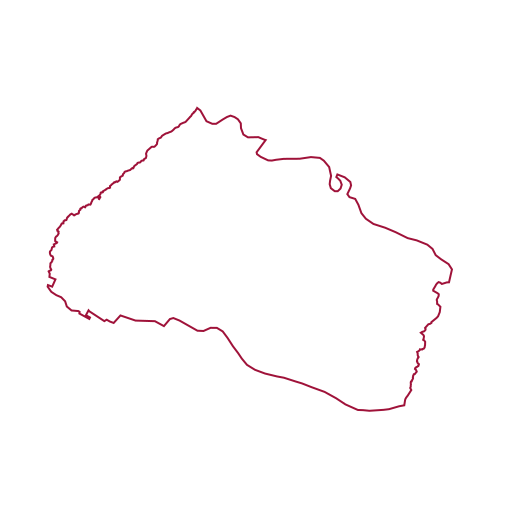 outline of Ysyk-Ata, Chuy, Kyrgyzstan, rotated 292°
{"feature_id": "92254566B31675215078110", "entity_name": "Ysyk-Ata", "entity_type": "district", "adm_level": 2, "iso_a3": "KGZ", "parent_name": "Kyrgyzstan", "parent_adm1": "Chuy", "projection": "albers", "projection_center": [74.932, 42.711], "detail": "fine", "context": "isolated", "style": "outline", "palette": "rose", "viewbox_px": 512, "rotation_deg": 292, "n_neighbors": 0, "source": "geoboundaries", "source_scale": "gbopen_adm2", "svg_char_len": 5968}
<svg xmlns="http://www.w3.org/2000/svg" viewBox="0 0 512 512"><g transform="rotate(292 256 256)"><path d="M164.1,69.5L162.3,71.4L159.2,72.3L159.2,78.8L151.2,78.5L151.1,74.0L149.5,74.3L146.1,79.6L144.9,85.5L144.8,90.8L142.5,96.0L138.3,99.5L136.4,105.4L138.4,111.9L138.1,113.4L136.5,113.8L135.2,125.0L136.8,125.1L137.4,120.5L142.9,121.1L142.3,122.2L138.8,139.8L141.0,141.4L140.5,145.1L140.6,149.1L150.1,152.6L151.0,168.5L157.7,186.7L156.5,196.9L165.3,199.8L167.5,202.6L167.5,209.2L166.3,218.3L164.8,229.7L166.8,235.4L172.4,240.8L174.7,246.7L173.6,253.4L169.4,260.3L163.7,268.4L159.2,275.9L155.6,281.2L151.7,288.4L150.1,297.7L150.4,308.4L152.2,320.6L153.6,327.5L154.5,339.8L155.1,346.4L155.2,356.8L155.7,370.5L154.1,383.7L151.9,394.5L151.4,408.1L153.2,413.1L155.0,419.2L161.2,432.0L163.8,436.7L170.3,445.0L173.1,449.4L178.3,448.2L179.4,448.1L181.0,448.3L183.5,449.0L189.9,450.2L191.4,448.4L192.8,448.4L194.4,447.8L194.9,447.8L195.2,447.6L195.8,447.3L196.2,447.0L197.5,446.7L197.8,447.2L198.3,447.1L198.5,447.3L199.4,447.3L199.7,447.2L200.2,447.4L201.5,447.4L201.8,447.3L202.3,446.8L203.1,446.8L204.1,446.5L204.5,446.7L205.5,446.6L206.1,447.5L208.0,448.0L208.6,448.3L209.1,448.3L209.4,447.9L209.8,447.6L210.3,447.0L210.8,445.7L211.5,445.6L212.0,445.7L212.4,446.1L213.0,446.2L213.7,447.0L214.3,447.3L214.6,447.6L214.8,447.5L215.2,447.7L215.5,447.5L216.3,447.7L216.8,447.5L217.3,446.0L218.5,444.8L218.8,444.9L219.2,444.5L220.5,444.3L222.0,444.3L222.2,444.5L223.0,444.7L223.4,444.5L223.5,444.0L223.9,443.8L224.7,443.0L226.1,442.5L227.4,441.3L228.7,442.4L230.2,443.1L230.9,443.0L231.1,444.1L231.6,444.6L231.7,445.2L232.2,445.3L232.8,446.2L234.3,446.6L236.1,446.2L236.5,446.2L239.8,445.0L240.8,443.5L240.9,442.4L242.7,442.3L244.6,441.8L245.5,440.8L246.6,437.6L248.0,438.6L248.8,439.8L249.8,440.4L251.1,440.8L252.1,440.4L252.1,440.2L252.6,439.7L257.3,441.4L258.2,442.7L259.6,443.7L260.4,443.4L266.2,446.6L268.3,447.4L272.8,447.4L278.0,446.0L279.3,442.9L279.4,441.9L281.6,441.0L283.0,440.0L284.2,440.0L285.5,440.2L287.4,440.3L289.0,439.8L289.5,438.4L290.2,433.3L291.3,432.9L294.9,433.5L296.9,433.7L298.6,434.2L300.2,435.1L300.3,436.9L299.7,438.8L303.0,442.8L303.9,444.8L317.0,442.7L320.6,437.6L322.3,428.8L324.1,422.3L328.7,417.0L330.7,410.6L330.7,399.2L329.4,389.9L330.4,376.6L330.6,365.1L329.7,352.9L331.7,343.9L335.2,337.7L341.9,331.7L346.1,326.6L345.6,320.6L347.6,317.5L354.0,317.9L357.1,317.7L360.0,315.7L362.2,308.8L362.1,300.9L359.3,300.9L358.6,303.1L357.3,306.0L354.2,308.8L350.2,309.1L346.7,307.5L345.6,304.7L346.9,300.0L350.2,297.4L353.5,296.5L358.4,295.6L365.9,290.5L369.8,283.2L370.9,278.5L368.3,269.9L362.5,260.0L356.5,245.4L352.7,238.5L350.4,234.9L349.2,231.4L349.7,223.2L350.8,218.8L352.4,217.7L367.1,221.5L367.0,220.4L367.0,216.9L367.1,213.7L363.0,204.1L363.9,198.8L368.9,194.2L373.3,192.2L376.0,188.0L376.8,184.0L376.6,179.8L374.0,177.0L370.2,174.1L363.6,169.5L362.2,166.0L362.4,159.6L370.1,149.9L371.2,146.0L370.9,146.0L370.5,146.3L369.5,145.6L368.4,145.6L366.6,145.0L366.4,144.6L366.1,144.5L366.0,144.8L365.2,144.5L364.2,143.9L363.5,143.6L361.5,143.4L360.1,142.7L359.9,142.7L354.0,140.5L353.4,140.0L352.2,138.6L350.0,136.5L348.9,136.1L347.4,135.9L346.6,135.6L346.2,135.2L345.0,133.6L344.6,133.3L343.9,132.8L342.4,132.3L340.4,131.3L339.4,130.6L338.3,129.3L336.8,127.9L336.1,126.8L334.9,125.8L332.3,123.9L330.1,123.4L329.8,123.1L328.7,122.0L327.5,121.2L327.0,121.3L326.3,121.6L323.9,121.8L323.7,122.0L323.0,122.2L322.4,122.2L319.8,121.2L319.2,120.8L318.9,120.3L318.5,119.0L318.1,118.3L313.3,115.9L312.5,115.7L309.9,115.7L309.5,115.8L308.0,116.8L307.3,117.0L305.6,117.2L305.4,117.1L304.7,116.5L304.1,116.2L303.8,115.9L303.3,115.8L302.8,116.0L302.5,116.0L302.3,115.8L301.8,114.7L301.5,114.3L300.8,113.9L299.8,113.7L299.5,113.6L298.7,112.5L298.7,112.3L298.4,111.8L297.9,111.3L296.7,111.2L294.7,110.0L294.2,109.6L293.3,109.4L291.6,109.4L291.3,109.3L291.1,109.1L291.3,108.5L290.6,108.0L288.6,107.1L287.0,105.1L286.2,104.4L285.4,103.1L284.4,102.6L283.8,102.7L282.6,102.3L282.0,102.0L281.7,102.0L281.0,102.3L280.5,102.3L279.7,101.6L279.4,101.4L278.8,100.8L278.3,100.7L277.9,100.4L275.8,101.2L275.5,101.2L274.4,100.6L273.6,100.3L273.3,99.9L272.9,99.7L273.0,99.0L272.9,98.5L272.5,98.3L271.8,98.1L271.7,97.6L271.5,97.1L270.9,96.7L270.4,96.8L270.0,96.4L268.7,95.7L268.2,95.3L267.4,95.2L267.0,94.9L266.1,94.4L264.7,95.1L264.0,94.5L263.6,93.5L262.0,92.1L261.6,92.1L258.6,89.8L258.3,89.9L258.0,90.1L257.7,90.1L257.4,89.8L257.3,89.2L257.0,88.6L256.5,88.3L255.6,88.6L253.6,88.2L253.1,88.3L252.3,89.6L250.0,89.3L250.0,89.1L250.4,88.6L250.9,88.1L251.8,87.6L252.1,87.3L251.9,87.2L251.2,86.8L250.5,86.0L250.0,85.0L248.9,84.2L247.9,84.0L246.8,83.3L246.4,83.4L245.1,83.4L244.0,83.2L243.0,83.4L241.6,83.2L241.5,82.9L241.1,81.5L241.0,81.3L239.9,80.9L239.6,80.2L239.0,79.5L237.4,79.4L237.1,79.3L237.3,78.0L237.1,77.5L236.7,77.2L235.7,76.6L234.9,76.4L234.5,75.6L233.8,75.4L233.1,75.8L231.8,75.1L231.4,75.0L230.7,75.3L229.9,75.3L229.7,75.6L229.4,75.6L229.1,75.6L228.5,75.1L227.8,74.0L226.6,72.8L225.9,72.6L225.6,72.3L225.5,72.0L225.8,71.4L225.9,71.0L225.9,70.3L226.0,69.8L226.2,69.3L225.8,68.9L224.7,68.1L223.9,67.9L222.5,67.2L222.2,67.2L221.9,66.9L221.4,66.9L221.3,66.7L220.4,66.5L219.2,66.7L218.3,66.7L218.1,66.5L217.4,65.2L216.9,65.2L216.2,64.6L215.4,64.7L215.1,64.9L214.1,65.2L213.8,64.7L213.7,64.1L213.3,63.7L211.2,63.5L209.7,63.2L207.8,62.4L207.0,62.2L206.0,61.8L205.7,62.3L205.0,62.3L204.7,63.8L203.5,64.0L203.2,64.5L202.1,64.5L201.0,64.3L200.0,64.0L199.2,63.4L197.8,63.1L196.9,63.3L194.6,64.2L194.4,64.6L194.4,65.3L194.2,66.5L193.4,66.4L191.0,64.2L190.2,64.9L189.3,65.4L188.3,64.1L187.5,63.7L185.0,64.1L184.4,63.9L183.9,63.6L182.9,63.3L182.5,63.5L181.9,63.6L181.2,64.0L180.4,64.6L179.7,65.4L179.4,65.9L179.5,66.7L179.4,67.6L178.5,68.5L177.5,69.1L177.2,69.1L176.3,68.6L175.3,69.0L174.5,68.7L173.5,68.8L172.6,68.2L171.9,68.2L170.7,68.7L168.7,69.2L167.4,70.3L167.1,70.8L166.8,71.2L166.3,71.3L165.7,71.1L164.9,70.0L164.1,69.5Z" fill="none" stroke="#9f1239" stroke-width="2"/></g></svg>